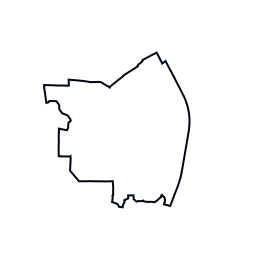 Saligny, Constanta, Romania (Mercator projection), rotated 230°
{"feature_id": "2599482B25474016101343", "entity_name": "Saligny", "entity_type": "district", "adm_level": 2, "iso_a3": "ROU", "parent_name": "Romania", "parent_adm1": "Constanta", "projection": "mercator", "projection_center": [28.101, 44.301], "detail": "fine", "context": "isolated", "style": "outline", "palette": "ink", "viewbox_px": 256, "rotation_deg": 230, "n_neighbors": 0, "source": "geoboundaries", "source_scale": "gbopen_adm2", "svg_char_len": 4951}
<svg xmlns="http://www.w3.org/2000/svg" viewBox="0 0 256 256"><g transform="rotate(230 128 128)"><path d="M213.8,90.3L207.7,86.6L201.6,82.8L199.7,81.6L198.8,83.5L198.8,83.8L199.3,84.2L199.2,85.0L199.1,85.3L196.8,87.9L194.5,90.5L194.0,90.3L192.9,90.2L191.7,90.2L190.6,90.1L189.7,89.9L189.1,89.6L188.9,89.4L188.4,88.9L187.0,87.7L186.3,87.4L185.6,87.4L185.0,87.3L183.3,87.2L181.7,87.1L181.1,87.3L178.6,88.7L177.1,89.5L176.9,89.6L176.4,89.9L176.1,89.9L174.7,89.8L173.6,89.7L173.4,89.6L173.1,89.4L172.8,89.5L172.5,89.6L171.8,89.4L171.0,89.2L170.5,88.9L170.2,88.3L170.4,86.7L170.4,86.4L170.1,85.6L169.8,85.3L169.4,84.9L168.6,84.0L168.2,83.7L166.7,82.3L166.6,82.2L166.1,81.1L165.5,79.9L167.6,78.1L170.1,76.1L171.0,75.4L171.7,74.9L171.9,74.7L171.7,74.6L171.2,74.1L170.4,73.4L169.7,72.8L169.3,72.4L169.0,72.1L168.2,71.4L167.4,70.7L166.6,70.0L165.8,69.3L165.2,68.8L164.7,68.3L164.0,67.8L163.8,67.7L163.0,67.1L160.7,65.1L158.4,63.0L154.7,59.9L150.9,56.8L148.7,59.2L146.6,61.6L145.1,63.3L143.6,65.0L143.3,65.4L143.3,65.5L143.2,65.4L142.2,65.1L141.2,64.2L140.3,63.4L137.4,60.7L136.8,60.2L136.7,60.0L136.5,59.8L135.3,58.7L133.3,56.9L132.5,56.2L132.4,56.2L131.8,56.2L126.8,56.2L121.2,56.2L118.8,56.2L118.4,56.6L113.2,62.8L113.1,63.0L112.9,63.2L112.7,63.5L112.4,63.9L111.4,65.0L106.5,70.7L103.0,74.8L102.8,75.0L101.6,76.4L99.3,79.2L97.3,81.8L97.0,82.1L94.5,80.3L92.0,78.5L89.9,76.6L88.1,75.1L86.2,73.6L86.4,73.0L86.2,72.7L85.9,72.4L85.2,72.0L84.5,71.6L84.2,71.1L83.8,70.7L83.6,70.5L83.4,70.3L83.1,70.0L82.7,69.6L82.3,69.3L82.1,68.9L81.7,68.4L81.5,68.2L81.0,68.5L80.4,68.8L80.0,69.2L79.5,69.5L78.6,70.0L77.7,70.5L76.9,70.8L76.2,71.0L75.7,71.0L75.2,71.0L74.8,70.9L74.4,70.7L73.8,70.6L73.3,70.5L72.0,71.7L70.7,73.0L71.3,73.5L71.9,74.0L72.4,75.0L72.5,75.3L72.6,75.5L72.8,76.0L72.9,76.3L73.0,76.4L73.0,76.5L73.6,77.7L73.8,78.2L75.1,78.6L74.5,80.7L73.9,82.9L74.4,83.3L75.1,83.8L75.6,84.2L75.7,84.3L76.2,84.7L76.3,84.8L74.6,86.8L72.8,88.9L71.5,87.9L71.3,87.8L69.8,86.7L69.7,86.6L68.1,86.9L66.4,87.1L65.7,87.8L65.5,89.0L64.6,89.8L63.8,90.6L63.2,91.7L62.7,92.9L62.2,92.7L62.0,92.9L61.5,93.1L59.9,94.5L58.4,95.8L58.2,96.0L57.9,96.5L58.0,96.6L57.5,97.2L57.0,97.8L55.6,99.2L55.3,99.5L54.2,100.6L54.0,101.1L54.0,101.5L53.9,101.8L53.9,102.4L53.8,103.1L53.8,104.3L53.9,105.0L53.9,105.3L53.9,105.5L53.9,105.8L53.9,106.0L53.9,106.3L54.0,107.0L54.0,107.7L54.0,107.8L53.9,108.1L53.8,108.4L53.8,108.6L53.7,108.8L54.0,109.1L54.2,109.4L54.3,109.2L54.6,109.6L54.9,110.0L54.9,110.7L54.9,110.8L54.9,111.0L54.7,111.0L53.0,111.1L51.6,111.2L51.4,111.2L50.4,110.8L49.7,110.5L49.0,110.2L48.6,109.7L48.4,109.4L48.2,109.1L48.0,108.6L47.7,108.2L47.6,108.3L47.4,108.3L47.2,108.0L46.4,106.5L45.3,107.3L41.6,109.9L41.2,110.1L41.5,110.6L41.8,111.4L44.8,116.8L47.8,122.1L49.7,125.6L51.6,129.1L52.2,130.0L53.3,131.8L54.5,133.7L55.2,134.7L55.5,135.2L55.8,135.8L56.1,136.2L56.3,136.5L56.6,136.9L56.8,137.2L57.1,137.4L57.9,138.5L58.3,139.0L59.6,140.6L62.9,144.6L66.2,148.5L70.2,153.2L73.0,156.5L75.1,159.0L77.2,161.5L80.0,164.8L82.8,168.1L85.1,170.8L87.4,173.5L89.4,175.5L91.4,177.5L92.3,178.3L93.2,179.1L94.3,180.0L95.4,180.9L96.6,181.8L97.8,182.6L99.4,183.7L100.9,184.7L102.6,185.6L104.4,186.6L105.4,187.1L106.2,187.4L108.0,188.3L109.9,189.0L110.7,189.3L111.1,189.5L111.9,189.8L116.2,191.2L116.6,191.2L117.0,191.3L117.4,191.4L118.4,191.6L122.2,192.5L127.4,193.7L131.5,194.6L135.6,195.5L135.8,195.7L136.8,195.9L141.5,196.9L146.1,197.8L150.6,198.8L155.2,199.8L155.3,197.3L155.4,195.7L157.3,196.2L161.2,197.0L163.1,197.5L165.0,197.9L167.3,198.4L167.9,195.9L168.0,195.6L168.4,193.7L168.8,192.1L169.0,191.0L169.3,189.5L169.6,188.3L169.8,187.1L170.4,184.5L170.7,183.0L170.7,182.9L170.6,182.6L170.0,182.2L169.9,181.9L170.1,181.7L170.0,181.3L170.0,180.9L169.8,180.2L169.7,179.6L169.8,179.1L169.8,178.7L170.0,176.7L169.9,176.2L169.8,175.7L169.7,175.4L169.5,175.2L169.1,175.2L168.9,175.2L169.1,173.8L169.3,172.4L169.3,172.1L169.3,171.9L169.6,169.7L169.7,168.7L169.8,168.7L169.9,167.8L170.3,164.8L170.5,163.5L170.5,163.3L170.7,162.1L170.8,160.9L171.0,159.2L171.1,158.3L171.1,158.1L171.0,157.6L170.9,157.4L170.8,157.0L170.9,155.7L170.9,153.4L171.0,151.1L171.1,147.8L171.2,143.3L171.2,142.3L171.2,142.2L171.2,141.1L171.1,140.7L170.9,140.5L170.8,139.9L171.7,139.8L172.8,139.5L174.0,138.9L174.8,138.8L175.8,138.3L176.6,138.0L177.3,137.8L177.9,137.7L179.3,137.1L180.5,136.7L180.8,136.5L181.0,136.3L181.5,135.7L182.1,135.2L182.8,134.4L183.5,133.6L184.0,132.8L184.0,132.7L184.5,132.2L187.1,128.9L188.8,127.4L189.7,126.7L191.8,124.8L194.3,122.5L194.3,122.4L194.9,121.9L196.0,120.8L197.0,119.8L197.5,119.3L197.8,119.0L199.7,117.1L200.1,116.7L200.8,116.0L201.6,115.2L202.4,114.4L202.5,114.3L202.6,114.2L202.9,113.9L203.0,113.8L202.8,113.6L203.0,113.5L202.4,113.0L199.2,110.5L198.5,110.1L198.7,109.6L200.2,107.9L203.7,103.9L204.2,103.3L205.8,101.4L206.8,100.3L208.4,98.6L210.9,95.8L211.7,94.9L214.0,92.3L214.3,92.1L214.7,91.6L214.8,91.4L213.7,90.8L213.7,90.6L213.8,90.3Z" fill="none" stroke="#020617" stroke-width="2"/></g></svg>